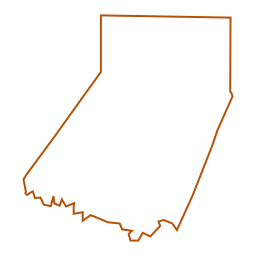 outline of Indiana, Pennsylvania, United States of America
{"feature_id": "52423323B69347257455112", "entity_name": "Indiana", "entity_type": "district", "adm_level": 2, "iso_a3": "USA", "parent_name": "United States of America", "parent_adm1": "Pennsylvania", "projection": "mercator", "projection_center": [-79.208, 40.641], "detail": "fine", "context": "isolated", "style": "outline", "palette": "amber", "viewbox_px": 256, "rotation_deg": 0, "n_neighbors": 0, "source": "geoboundaries", "source_scale": "gbopen_adm2", "svg_char_len": 706}
<svg xmlns="http://www.w3.org/2000/svg" viewBox="0 0 256 256"><path d="M176.9,230.1L192.9,194.8L213.1,143.3L217.4,130.4L232.5,96.4L231.6,93.4L230.2,91.2L230.5,17.6L100.9,15.4L100.9,71.9L62.2,125.8L55.6,135.1L26.6,174.4L23.5,179.4L25.9,191.5L25.4,192.9L25.5,193.4L26.1,194.2L27.4,194.9L27.7,194.8L29.5,193.2L32.8,191.4L35.0,198.0L40.4,197.6L43.9,204.7L50.8,206.1L53.5,196.1L54.4,203.5L59.6,205.7L61.9,199.4L66.1,206.5L74.0,203.1L73.7,206.9L73.7,213.8L82.7,212.2L82.7,220.8L90.7,215.1L108.0,222.3L119.7,223.5L122.2,229.4L131.9,230.8L128.7,233.9L130.5,240.6L138.3,240.6L142.7,232.8L150.4,236.4L160.2,225.9L158.5,221.5L163.7,220.0L172.4,223.5L176.9,230.1Z" fill="none" stroke="#b45309" stroke-width="2"/></svg>